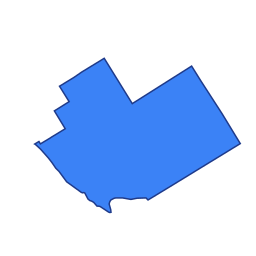 Collier, Florida, United States of America (orthographic projection), rotated 329°
{"feature_id": "52423323B17101546722120", "entity_name": "Collier", "entity_type": "district", "adm_level": 2, "iso_a3": "USA", "parent_name": "United States of America", "parent_adm1": "Florida", "projection": "orthographic", "projection_center": [-81.588, 26.16], "detail": "fine", "context": "isolated", "style": "filled", "palette": "blue", "viewbox_px": 256, "rotation_deg": 329, "n_neighbors": 0, "source": "geoboundaries", "source_scale": "gbopen_adm2", "svg_char_len": 740}
<svg xmlns="http://www.w3.org/2000/svg" viewBox="0 0 256 256"><g transform="rotate(329 128 128)"><path d="M90.8,56.9L91.1,75.1L73.7,75.4L73.8,96.3L57.8,96.4L56.4,96.5L44.7,96.5L44.7,93.7L39.8,93.7L40.1,94.2L42.1,100.9L44.3,112.6L45.0,118.5L45.4,125.4L46.5,129.6L47.7,142.5L54.8,159.1L55.7,160.2L56.9,160.6L57.5,161.5L57.1,168.3L57.9,170.5L59.2,172.0L60.3,174.1L61.2,179.0L62.9,180.1L63.7,181.0L68.0,190.0L68.9,191.1L70.0,191.5L71.1,189.2L72.7,183.4L74.4,181.8L76.2,180.9L77.0,180.9L80.0,181.1L81.6,181.7L87.4,185.2L93.7,190.7L99.7,192.9L107.4,197.2L108.1,200.0L130.7,199.9L216.2,199.2L216.0,164.1L214.7,125.2L214.4,107.7L144.2,109.3L143.5,56.0L117.1,56.2L107.6,56.8L90.8,56.9Z" fill="#3b82f6" stroke="#1e3a8a" stroke-width="1.5"/></g></svg>